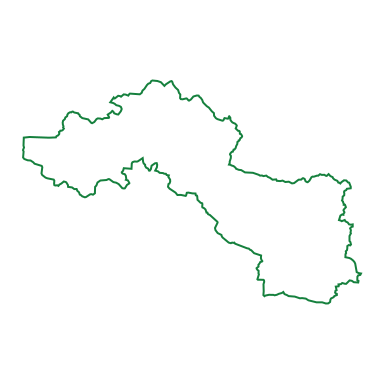 Tuyen Hoa, Quảng Bình, Vietnam (Robinson projection)
{"feature_id": "81297802B14659466260998", "entity_name": "Tuyen Hoa", "entity_type": "district", "adm_level": 2, "iso_a3": "VNM", "parent_name": "Vietnam", "parent_adm1": "Quảng Bình", "projection": "robinson", "projection_center": [106.021, 17.9], "detail": "fine", "context": "isolated", "style": "outline", "palette": "green", "viewbox_px": 384, "rotation_deg": 0, "n_neighbors": 0, "source": "geoboundaries", "source_scale": "gbopen_adm2", "svg_char_len": 5996}
<svg xmlns="http://www.w3.org/2000/svg" viewBox="0 0 384 384"><path d="M361.0,273.5L358.7,273.1L356.7,272.1L355.2,263.6L354.4,262.0L353.1,260.5L351.0,258.8L349.3,258.0L345.4,257.2L345.5,254.1L346.1,253.2L345.8,251.3L347.0,250.1L347.3,248.2L347.3,246.1L348.8,245.0L350.2,245.4L351.0,244.5L350.3,241.9L349.5,241.0L349.5,236.0L350.9,233.3L350.5,232.7L350.9,230.2L350.1,228.3L351.4,227.0L352.7,226.6L352.7,224.4L350.9,224.7L349.1,224.4L347.7,222.5L345.5,221.4L344.7,220.0L341.7,221.2L340.6,220.5L339.0,220.1L340.4,215.6L342.0,214.5L343.4,214.8L343.4,213.8L344.4,212.6L344.3,211.9L343.5,210.5L343.7,209.6L345.9,207.2L345.0,204.8L343.7,204.8L343.8,203.6L343.2,202.8L343.0,201.6L342.0,200.5L342.5,199.2L342.7,196.6L344.2,195.3L344.3,193.2L344.0,192.0L344.5,190.9L346.2,190.1L346.9,188.8L350.7,188.3L350.8,186.9L349.2,182.7L348.0,182.4L346.3,180.5L344.0,180.3L341.4,182.2L340.3,183.5L339.3,182.7L338.4,182.7L337.3,180.8L334.5,179.6L333.1,178.3L332.6,177.1L330.4,176.1L328.6,174.1L326.7,175.9L325.7,175.7L324.4,174.8L321.8,174.9L320.0,174.2L318.2,175.7L317.1,175.6L313.8,176.7L312.5,176.6L311.5,177.2L309.4,180.7L307.7,182.2L307.2,182.2L305.6,181.3L304.6,178.9L303.2,178.2L302.6,178.3L301.2,179.6L298.6,179.7L294.1,183.1L292.0,183.4L288.8,181.7L285.3,182.0L282.6,180.6L280.2,181.1L276.8,180.8L276.2,179.4L272.5,179.7L270.1,177.9L267.8,176.9L266.3,175.6L263.4,176.1L262.0,175.5L260.0,175.6L258.7,174.8L252.9,172.8L245.0,172.4L241.2,170.1L238.7,169.8L236.0,168.7L235.6,167.8L233.6,166.1L231.3,165.4L230.5,164.8L229.0,164.6L229.7,163.0L229.7,161.6L230.8,158.1L230.9,155.9L230.0,154.5L230.2,153.6L231.8,151.8L232.8,151.7L233.6,149.6L234.4,149.6L235.6,148.1L236.2,146.0L237.3,144.0L237.4,142.0L238.7,141.1L238.7,140.4L239.6,140.1L240.3,138.2L241.4,137.6L242.1,136.5L242.1,136.0L241.1,134.2L239.9,133.8L239.7,131.4L239.1,130.9L238.2,130.9L235.7,128.5L236.8,125.7L236.6,125.2L235.2,123.7L232.5,122.5L231.5,121.5L230.4,119.9L230.3,117.7L229.3,116.3L229.0,116.4L228.4,118.4L227.9,118.7L224.5,118.1L223.3,120.4L222.4,120.7L217.4,119.1L215.9,118.2L214.1,115.8L213.9,113.1L211.9,111.4L208.9,107.6L206.8,106.2L203.6,103.0L203.0,102.2L202.2,99.9L200.6,97.7L199.6,97.1L198.6,95.6L196.8,95.5L193.4,96.5L190.9,99.5L189.1,100.6L188.6,100.5L186.9,98.6L186.3,98.4L182.6,99.3L180.8,99.1L180.1,98.1L180.3,94.5L179.0,92.9L178.1,90.0L175.4,87.5L173.1,84.4L172.2,81.7L171.6,81.1L170.3,81.4L165.9,84.3L164.4,85.9L160.9,82.2L157.4,81.0L152.4,80.5L151.2,81.1L150.2,83.0L148.3,83.7L147.0,85.0L144.4,88.9L142.5,90.6L141.7,92.8L139.8,94.3L129.9,93.6L129.2,94.2L128.3,95.6L125.7,94.6L123.7,94.4L121.0,96.7L120.1,96.1L118.2,95.8L114.9,98.4L114.3,98.5L113.7,97.5L110.3,102.3L113.1,103.0L114.7,103.8L116.3,105.2L118.9,105.8L120.8,106.8L121.6,108.6L121.6,109.4L120.8,111.3L118.3,114.5L116.8,114.3L114.2,113.3L113.3,111.6L112.3,110.9L110.9,112.5L107.7,114.6L109.1,117.2L108.8,117.9L104.3,118.1L102.2,119.3L100.5,118.6L97.8,118.4L96.5,119.1L94.3,122.0L92.1,123.2L91.3,122.9L88.2,119.4L82.3,118.1L79.9,116.2L79.5,114.7L78.5,114.1L78.2,113.3L74.2,112.5L72.9,111.6L72.3,111.6L71.2,112.4L70.2,112.2L68.4,113.2L67.4,114.6L67.1,116.2L65.3,117.5L64.9,119.0L63.1,120.7L62.7,122.5L62.9,124.7L63.5,126.3L63.1,127.4L63.9,128.6L62.7,130.1L61.6,130.7L60.3,130.7L59.7,131.7L59.0,132.0L59.3,133.8L59.1,134.2L58.1,135.4L56.5,136.2L55.9,137.4L49.0,137.7L29.7,137.0L23.8,137.6L23.5,145.6L24.0,147.5L23.0,150.1L23.6,151.5L23.1,157.5L24.3,159.0L27.7,160.3L30.6,160.5L33.4,162.4L34.5,163.7L41.7,165.9L42.3,167.2L41.5,173.4L42.2,175.0L45.5,177.6L47.3,178.3L53.7,179.6L54.3,180.6L54.1,183.9L54.4,185.2L55.4,185.5L57.3,185.3L58.4,185.9L59.4,184.6L61.4,183.5L63.8,181.5L65.7,182.0L66.3,182.4L67.9,185.0L68.1,186.9L72.0,187.4L74.3,189.1L76.6,189.0L77.3,190.8L79.0,192.3L79.8,194.6L80.8,195.0L82.2,196.3L84.9,197.3L86.1,197.0L90.2,194.3L91.6,194.2L93.0,194.7L94.9,193.3L95.1,186.9L96.4,185.5L97.5,182.5L100.4,180.5L106.5,180.0L108.4,179.1L109.4,179.2L113.4,182.1L116.2,182.7L118.7,184.1L122.3,188.2L124.0,188.5L124.9,188.3L127.0,184.9L129.3,183.4L129.3,182.9L127.9,180.4L125.9,179.8L126.3,179.1L125.8,175.7L124.8,174.2L122.6,173.6L121.8,172.7L121.8,172.2L123.1,170.7L123.8,168.2L131.5,168.8L131.8,163.4L132.5,162.2L134.3,161.5L137.0,161.6L137.9,161.3L142.7,158.1L143.1,161.7L143.7,163.5L145.1,164.7L145.1,165.8L146.1,167.6L148.2,168.7L149.0,170.6L149.4,170.7L149.9,170.6L150.9,169.1L151.6,165.7L155.0,163.3L156.7,163.1L157.2,164.8L156.9,167.3L155.2,170.6L157.9,171.3L159.6,172.8L163.1,173.1L164.1,173.7L165.9,173.8L166.6,175.0L168.8,175.4L168.3,176.8L170.1,179.6L170.2,181.6L169.5,183.5L168.5,184.0L168.0,186.8L169.5,188.6L175.5,192.6L177.4,195.0L180.8,194.9L185.7,195.9L186.1,195.4L186.8,192.8L188.3,192.6L192.5,193.4L195.5,193.5L195.8,195.3L196.9,195.6L197.2,196.2L197.5,199.8L200.5,202.7L202.2,203.3L202.4,204.4L202.2,206.4L202.4,207.4L204.1,208.2L205.5,209.5L206.5,212.6L207.4,212.6L208.1,214.2L209.9,215.0L217.4,221.8L217.6,222.6L215.0,228.0L215.5,230.2L217.7,233.1L221.4,234.9L221.9,236.6L222.8,237.7L228.7,242.6L230.9,243.2L232.1,242.6L233.4,242.9L234.3,242.6L235.1,243.7L247.1,248.3L248.8,248.6L250.2,249.9L251.2,250.2L254.1,253.2L261.1,255.5L260.9,258.2L261.5,260.0L262.3,261.1L261.9,261.6L260.2,262.1L259.6,263.4L258.4,264.8L258.5,266.6L256.6,268.1L256.6,268.6L257.3,269.7L258.6,270.8L258.5,273.5L258.9,274.3L257.4,279.3L257.8,279.7L263.3,279.8L264.0,280.3L264.2,281.9L263.5,284.2L263.7,291.4L263.4,295.1L264.5,296.2L265.3,295.6L269.0,294.8L273.5,294.9L274.6,295.3L276.8,294.8L278.9,293.8L281.9,293.0L283.3,292.0L284.5,294.1L287.0,295.1L288.6,296.1L294.8,296.6L299.9,298.3L302.0,298.1L305.8,298.6L308.4,300.3L316.4,302.3L322.1,302.3L325.9,303.5L328.2,303.4L330.1,302.0L330.4,299.7L331.0,298.5L333.6,297.2L334.3,296.1L336.9,295.0L336.8,293.8L335.7,293.4L335.1,292.6L335.5,290.7L336.6,290.2L335.8,286.6L338.6,286.3L338.8,285.7L338.5,284.4L341.0,284.1L342.2,283.0L345.0,283.8L346.2,283.8L349.6,280.4L351.8,280.8L353.8,282.2L358.2,282.5L358.5,280.9L357.3,280.1L357.4,276.7L358.2,275.4L360.3,274.9L361.0,273.5Z" fill="none" stroke="#15803d" stroke-width="2"/></svg>